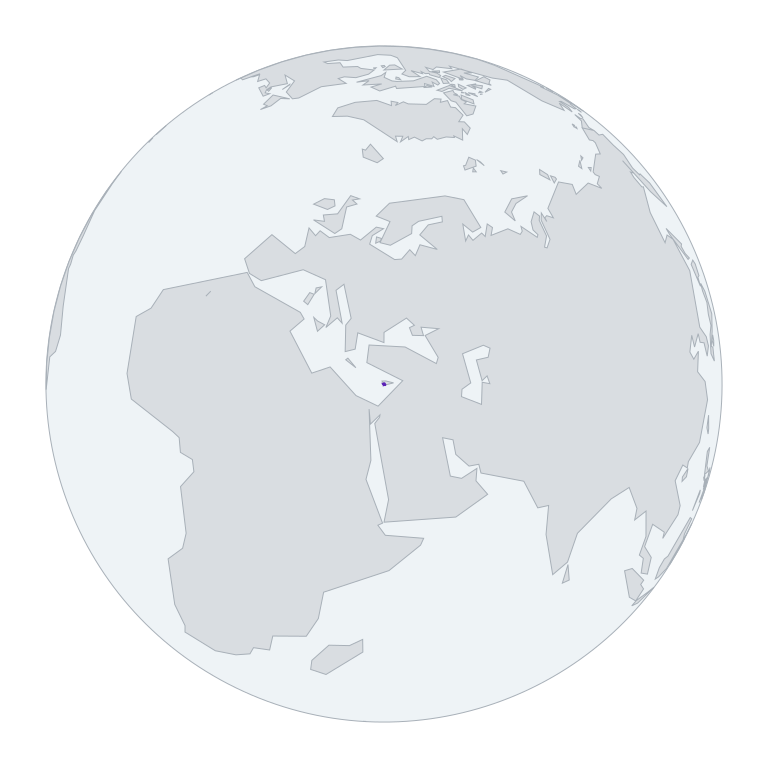 the Earth from above Limassol, rotated 26°
{"feature_id": "CYP-3489", "entity_name": "Limassol", "entity_type": "District", "adm_level": 1, "iso_a3": "CYP", "parent_name": "Cyprus", "parent_adm1": "", "projection": "orthographic", "projection_center": [32.895, 34.793], "detail": "fine", "context": "on_globe", "style": "filled", "palette": "violet", "viewbox_px": 768, "rotation_deg": 26, "n_neighbors": 0, "source": "natural_earth", "source_scale": "10m", "svg_char_len": 11084}
<svg xmlns="http://www.w3.org/2000/svg" viewBox="0 0 768 768"><g transform="rotate(26 384 384)"><circle cx="384" cy="384" r="338" fill="#eef3f6" stroke="#a8b0b8"/><path d="M325.5,51.2L343.8,49.1L384.0,47.7L397.9,47.2L394.0,48.2L421.1,48.2L443.7,51.4L417.4,48.1L414.1,48.3L429.1,50.1L428.9,50.7L436.1,52.3L434.6,53.2L419.3,52.3L418.0,53.1L428.7,54.5L433.9,57.0L418.4,54.7L425.9,59.1L401.8,60.3L361.6,56.9L347.3,61.5L303.6,69.6L306.7,70.9L292.1,76.1L290.2,79.9L282.7,81.1L287.8,83.2L295.0,81.4L299.7,81.9L299.3,84.3L289.5,86.0L288.3,85.1L285.2,86.9L280.5,86.9L282.6,88.2L270.9,90.5L281.8,91.9L271.8,96.8L264.2,97.5L266.0,92.6L253.0,84.9L245.9,85.6L233.9,90.7L209.2,109.4L200.9,112.8L188.9,120.9L192.9,120.7L203.7,114.5L208.3,117.1L221.1,110.2L224.8,110.5L237.5,106.1L234.3,112.3L224.4,121.0L213.7,125.3L209.0,129.5L218.2,130.4L197.3,144.3L182.0,164.3L176.7,167.8L168.2,164.4L170.7,150.8L159.6,149.7L165.5,156.4L152.2,166.5L149.5,171.0L149.5,174.4L154.0,173.2L149.2,178.3L141.6,172.7L145.8,168.0L148.2,169.5L149.3,163.6L144.1,161.5L137.8,167.5L136.6,160.5L132.1,165.0L129.3,166.6L136.6,159.5L123.5,172.6L121.1,171.7L117.9,175.7L133.9,156.8L151.2,139.1L169.7,122.7L189.4,107.7L210.2,94.2L231.8,82.3L254.3,72.0L277.5,63.3L301.3,56.4L325.5,51.2ZM54.8,307.9L53.1,316.6L52.6,318.6L47.9,355.0L48.7,383.1L48.8,399.5L48.2,404.4L49.8,413.6L49.9,418.6L61.5,454.6L71.8,481.9L74.5,498.7L71.7,506.1L82.8,537.2L71.8,513.4L62.8,488.8L55.6,463.6L50.4,438.0L47.2,412.0L46.1,385.8L47.0,359.6L49.9,333.6L54.8,307.9ZM407.9,47.2L399.9,46.8L407.7,47.1L407.9,47.2ZM437.3,52.4L439.7,52.5L442.4,53.3L437.3,52.4ZM238.3,103.2L237.8,104.6L235.7,104.7L238.3,103.2ZM244.2,100.2L242.1,99.2L244.6,97.6L245.9,98.2L244.2,100.2ZM442.6,55.8L446.2,57.6L439.9,55.5L442.6,55.8ZM246.3,101.8L249.3,95.0L253.8,92.5L262.3,92.9L246.3,101.8ZM446.6,58.5L455.7,63.7L461.6,64.1L449.9,66.9L446.1,61.0L437.3,58.2L444.3,59.2L446.6,58.5ZM297.5,79.9L289.7,81.9L296.6,78.2L297.5,79.9ZM300.8,77.5L315.2,67.1L326.5,65.9L319.4,69.4L334.3,66.7L332.7,71.2L324.2,73.7L317.2,73.4L321.9,75.4L300.8,77.5ZM441.9,68.0L441.9,69.5L439.0,67.8L441.9,68.0ZM302.1,81.9L304.0,79.6L313.9,78.3L311.9,82.7L309.3,81.7L302.1,81.9ZM339.0,64.1L346.0,64.3L346.6,67.9L349.5,68.5L333.6,71.2L339.0,64.1ZM306.9,83.2L310.6,85.0L305.6,87.9L300.9,84.1L306.9,83.2ZM317.3,76.3L322.0,76.0L318.7,77.5L317.3,76.3ZM289.7,100.2L291.8,96.9L297.1,95.9L289.7,100.2ZM312.3,85.6L314.1,84.6L316.4,84.0L317.8,85.9L312.3,85.6ZM335.2,73.8L334.0,75.5L341.7,72.8L342.5,75.8L331.8,77.3L336.7,77.9L337.0,78.9L328.0,79.1L335.2,73.8ZM326.2,86.1L312.8,89.7L307.8,95.7L302.9,96.7L311.9,87.0L326.2,86.1ZM328.0,81.9L325.8,84.6L320.8,84.1L319.3,82.0L328.0,81.9ZM346.9,77.5L348.4,72.5L350.7,72.4L346.9,77.5ZM325.7,87.8L328.9,87.0L325.9,88.3L325.7,87.8ZM341.5,80.6L341.7,78.8L344.3,78.7L341.5,80.6ZM335.2,87.0L330.9,88.1L329.7,86.5L335.2,87.0ZM338.8,84.2L342.3,84.6L331.9,85.3L338.5,83.3L338.8,84.2ZM343.9,80.9L345.5,80.2L343.4,81.7L343.9,80.9ZM342.1,92.8L329.2,94.1L326.6,90.5L339.5,89.6L342.1,92.8ZM148.4,487.2L131.7,432.0L141.4,417.9L144.3,395.9L212.1,343.7L225.3,353.2L277.4,356.3L283.7,360.6L276.3,377.7L314.3,405.9L328.1,392.3L363.9,406.7L388.4,406.5L399.4,372.8L359.2,372.3L353.5,355.5L386.7,341.5L422.1,342.7L421.0,336.3L399.7,322.4L408.9,310.3L392.4,316.7L398.3,323.2L388.2,327.8L382.2,322.2L385.6,317.9L375.3,314.9L361.4,337.6L365.8,346.8L338.0,349.5L342.8,365.3L334.9,371.9L323.8,347.8L325.7,339.4L304.3,311.9L299.8,320.8L319.7,347.7L313.0,345.0L307.0,358.7L306.3,346.2L285.7,315.9L261.3,316.7L228.4,344.9L214.6,343.6L203.8,332.5L217.8,298.9L247.1,305.7L252.5,295.2L248.2,276.6L257.5,280.7L259.4,274.3L270.6,276.4L288.1,264.2L299.8,264.9L308.3,246.4L315.5,244.6L308.4,255.8L309.8,264.6L339.0,267.5L345.1,264.0L348.3,252.0L355.9,254.9L355.3,243.1L372.9,239.7L350.8,234.3L354.0,221.6L365.4,212.7L362.5,207.9L343.8,222.6L339.9,229.5L342.9,236.7L328.9,256.5L318.5,258.7L318.2,235.4L303.4,236.5L309.7,219.1L356.4,188.2L375.0,183.3L402.4,200.9L397.1,208.6L384.7,205.7L394.7,219.7L394.6,213.0L401.0,215.9L405.6,205.5L410.3,207.1L406.6,194.9L412.9,195.8L415.1,203.5L427.3,190.2L440.9,189.8L441.3,186.1L438.0,182.3L457.4,185.0L456.9,182.3L450.4,180.2L445.1,173.7L443.4,163.5L450.2,164.9L451.7,168.8L465.2,179.7L468.3,190.6L470.9,190.2L469.8,181.2L453.4,167.8L450.4,161.3L459.1,166.6L455.7,164.1L456.4,161.4L463.4,160.4L454.3,154.3L452.3,125.9L465.7,122.1L473.6,129.3L479.4,113.9L494.0,112.7L487.9,110.5L486.6,103.0L482.0,103.2L479.0,101.7L473.5,84.6L477.5,82.4L468.2,74.5L465.1,73.6L461.6,74.6L449.9,66.9L461.6,64.1L468.1,66.0L471.1,63.7L485.4,68.8L498.7,72.7L512.7,80.9L522.0,84.0L522.0,82.9L534.7,86.9L560.5,100.6L539.3,94.3L500.5,78.7L516.3,85.0L512.6,85.4L518.2,88.9L529.4,93.8L530.7,93.1L548.1,113.2L574.7,133.8L573.1,126.0L580.3,127.2L609.1,148.1L642.9,194.5L652.9,200.2L658.9,207.5L662.3,217.3L653.6,206.7L649.8,207.9L644.3,201.0L646.9,214.6L639.2,205.3L644.9,221.2L651.6,225.9L652.2,216.7L660.5,235.5L671.5,241.0L681.7,256.3L693.2,298.2L691.6,320.4L693.4,326.5L688.1,325.8L688.1,343.3L703.5,363.5L705.5,372.6L702.2,400.6L700.9,394.3L687.0,392.3L689.5,415.9L700.2,422.7L704.1,439.4L698.0,441.2L693.5,427.0L688.5,425.8L686.3,406.2L675.2,383.3L668.9,396.3L665.9,384.9L649.7,369.5L638.6,387.6L623.3,433.4L627.0,463.6L619.2,481.4L595.6,448.2L585.2,421.0L576.5,427.9L552.3,410.1L510.2,421.5L504.4,414.6L496.4,420.5L479.4,415.8L470.5,403.9L460.2,406.6L484.0,437.7L495.1,434.8L504.5,419.1L509.1,430.7L525.5,437.7L506.9,472.1L444.6,508.2L438.8,485.9L393.0,423.5L394.6,415.9L394.4,415.1L393.9,413.5L389.4,426.0L381.6,413.1L405.7,458.4L409.6,477.6L443.7,509.7L440.4,513.6L451.5,519.4L487.3,505.3L487.5,512.8L470.3,549.5L421.0,597.6L427.8,623.6L424.7,644.8L394.5,659.3L397.8,673.2L382.3,678.2L381.8,685.3L369.7,692.3L349.3,697.7L313.9,694.2L311.1,688.4L292.6,673.9L266.6,635.8L275.0,619.9L271.6,604.9L246.1,565.4L251.6,546.2L244.9,535.9L231.0,534.7L223.4,522.0L215.0,519.4L163.5,508.3L148.4,487.2ZM187.6,376.5L185.5,382.9L185.4,383.0L187.6,376.5ZM459.2,361.4L480.6,359.6L471.5,339.4L479.0,337.3L473.1,331.5L470.7,338.0L456.5,321.9L465.9,314.3L463.6,305.3L456.3,305.6L441.3,322.4L461.5,345.0L456.4,354.5L459.2,361.4ZM53.1,317.1L52.1,322.6L52.5,319.3L53.1,317.1ZM68.4,264.1L66.6,270.2L67.5,266.4L68.4,264.1ZM75.0,247.2L69.9,259.9L71.0,256.8L75.0,247.2ZM99.9,201.1L100.3,200.4L102.4,197.2L99.9,201.1ZM152.7,166.8L153.1,167.4L152.0,171.5L150.3,171.0L152.7,166.8ZM160.5,183.5L152.6,191.5L157.1,185.1L153.1,185.3L157.6,172.9L174.3,169.0L165.9,172.7L160.5,183.5ZM168.2,156.3L163.5,163.9L168.0,155.8L168.2,156.3ZM258.6,240.2L261.9,245.4L256.7,251.9L241.9,253.2L249.2,243.5L258.6,240.2ZM267.7,251.4L271.5,229.3L280.9,228.3L275.0,232.5L280.8,234.1L272.8,241.3L278.0,263.0L273.8,270.3L248.7,267.4L259.2,263.9L255.4,258.7L267.7,251.4ZM264.9,181.9L266.7,174.4L284.6,181.7L280.9,188.1L265.9,189.2L261.5,182.4L264.9,181.9ZM260.8,104.7L260.3,102.8L263.0,102.2L265.6,103.2L260.8,104.7ZM290.3,98.7L265.7,112.9L263.9,111.2L251.7,122.5L242.2,122.8L250.4,115.3L234.0,124.5L237.6,117.9L227.0,124.8L246.3,108.0L249.0,103.1L249.7,108.3L258.3,108.1L262.8,106.5L277.6,98.6L287.5,88.7L297.6,87.6L302.2,89.5L301.3,91.7L295.0,91.5L298.5,94.6L288.7,96.2L290.3,98.7ZM349.5,123.2L342.5,120.2L347.8,130.3L338.0,130.4L339.2,131.6L331.6,134.7L324.6,140.7L320.3,139.9L319.4,142.7L314.4,145.1L311.7,148.8L303.1,148.8L299.1,153.5L297.3,150.9L292.7,159.1L292.3,153.1L285.7,156.2L289.6,160.4L250.0,155.4L233.7,159.3L220.4,166.2L221.4,156.1L234.6,143.5L253.2,132.3L268.7,130.5L266.4,126.7L273.1,124.9L272.1,128.7L277.7,121.9L283.0,121.6L299.5,114.1L304.2,105.5L310.4,102.9L311.2,106.1L316.8,101.4L322.5,105.9L327.1,104.3L337.2,107.7L336.2,115.5L341.3,113.2L349.3,116.2L349.5,123.2ZM344.7,93.9L345.7,102.3L340.8,106.7L325.1,99.2L320.2,100.0L309.9,96.2L317.3,90.0L319.5,91.6L323.4,91.7L319.5,93.6L325.5,92.3L328.8,94.5L334.4,94.3L333.2,97.0L344.7,93.9ZM291.7,354.9L296.7,356.5L304.7,356.8L301.1,365.8L291.7,354.9ZM277.2,334.4L281.9,334.0L280.7,346.1L275.5,344.8L277.2,334.4ZM285.4,324.0L282.2,333.1L280.9,327.4L285.4,324.0ZM312.8,255.1L317.9,254.3L318.1,257.2L314.8,261.1L312.8,255.1ZM363.0,156.2L359.8,153.0L361.5,151.7L360.8,143.0L368.0,142.7L371.3,147.8L363.0,156.2ZM392.1,378.8L384.4,385.3L380.9,382.2L384.2,380.5L392.1,378.8ZM340.2,376.6L351.6,381.7L339.0,379.0L340.2,376.6ZM370.7,154.4L369.6,150.7L373.9,152.9L370.7,154.4ZM373.2,142.1L378.4,143.8L368.8,141.7L373.2,142.1ZM513.1,696.3L515.4,695.3L516.0,695.1L513.1,696.3ZM482.5,634.2L459.2,670.5L443.2,672.7L440.3,664.0L449.0,642.9L467.6,634.3L476.8,622.9L482.5,634.2ZM715.7,448.3L708.0,469.7L703.9,474.8L705.7,468.1L712.3,455.5L715.7,448.3ZM705.3,468.6L698.0,468.1L682.1,446.4L688.0,441.0L703.4,446.5L702.6,451.7L707.1,454.4L705.3,468.6ZM719.7,412.5L718.8,426.0L715.3,437.0L713.3,440.4L712.0,428.4L712.7,418.4L714.7,414.2L717.8,369.8L719.7,370.3L719.8,387.1L721.1,392.7L719.7,412.5ZM628.5,465.6L636.4,479.0L631.6,484.8L628.5,465.6ZM715.7,343.8L716.7,362.6L714.7,340.5L715.7,343.8ZM712.5,325.2L714.1,330.7L712.3,327.8L712.5,325.2ZM696.5,334.8L694.6,340.9L693.0,336.8L694.3,326.7L696.5,334.8ZM689.4,269.7L695.4,281.8L697.2,286.9L693.4,281.7L689.4,269.7ZM430.5,151.9L423.5,163.9L423.2,173.5L430.5,179.9L417.2,176.5L417.6,161.6L430.5,151.9ZM448.9,128.7L442.4,123.9L447.1,123.2L449.2,124.2L448.9,128.7ZM443.6,127.8L432.2,127.4L429.8,123.0L439.3,124.1L443.6,127.8ZM401.4,139.7L398.9,143.1L395.4,141.1L401.4,139.7ZM721.7,397.1L721.6,397.9L721.6,398.0L721.4,403.4L721.4,403.2L721.3,404.2L719.9,420.9L720.6,411.4L721.4,393.6L721.6,384.4L721.8,374.1L721.8,376.5L721.5,392.0L721.6,397.4L721.8,391.1L721.7,397.1ZM720.0,348.6L718.7,343.8L719.2,352.5L716.7,328.6L718.6,337.1L720.0,348.6ZM716.4,330.9L717.1,338.9L715.4,326.0L716.4,330.9ZM716.3,336.7L714.6,330.1L715.0,327.5L716.3,336.7ZM716.5,328.9L713.6,316.1L715.2,321.3L716.5,328.9ZM710.1,316.1L713.8,319.9L711.8,324.9L704.2,302.9L704.5,298.1L710.1,316.1ZM663.9,205.6L659.7,200.8L657.8,195.7L661.3,200.4L663.9,205.6ZM647.8,177.2L655.9,192.9L661.7,206.8L663.4,206.7L670.9,218.6L664.6,213.4L655.4,196.6L652.2,188.0L645.0,179.2L638.5,169.2L629.5,160.7L624.5,154.7L631.7,160.0L647.8,177.2ZM625.7,157.5L607.6,141.8L607.2,137.3L611.1,139.7L619.6,148.6L619.3,150.4L625.7,157.5ZM603.2,136.9L602.7,138.7L575.2,124.4L569.3,120.5L590.0,127.7L590.7,130.0L597.5,134.7L603.2,136.9ZM445.5,69.8L442.2,69.5L444.3,68.7L445.5,69.8ZM476.5,102.0L472.7,99.8L475.3,98.6L476.5,102.0ZM463.7,93.5L463.5,96.3L460.9,92.7L463.7,93.5ZM463.4,103.0L462.0,97.1L467.4,103.7L463.4,103.0Z" fill="#d9dde1" stroke="#a8b0b8" stroke-width="1"/><path d="M383.7,384.6L383.4,384.7L383.3,384.8L383.1,384.9L382.9,384.8L382.8,384.7L382.7,384.6L382.8,384.6L382.9,384.4L383.0,384.4L383.1,384.2L383.2,383.9L383.3,383.8L383.3,383.7L383.5,383.5L383.4,383.4L383.4,383.2L383.5,383.1L383.8,383.1L384.1,383.2L384.3,383.0L384.5,383.1L384.7,383.3L384.8,383.4L385.0,383.4L385.1,383.5L385.3,383.6L385.5,383.7L385.6,383.8L385.8,384.0L385.8,384.3L385.8,384.5L385.7,384.6L385.3,384.5L385.0,384.6L384.9,384.6L384.6,384.8L384.4,384.9L384.3,385.0L384.3,384.9L384.5,384.9L384.4,384.7L384.2,384.7L384.2,384.8L384.1,384.7L384.1,384.8L383.9,384.7L383.7,384.6Z" fill="#8b5cf6" stroke="#5b21b6" stroke-width="1.5"/></g></svg>